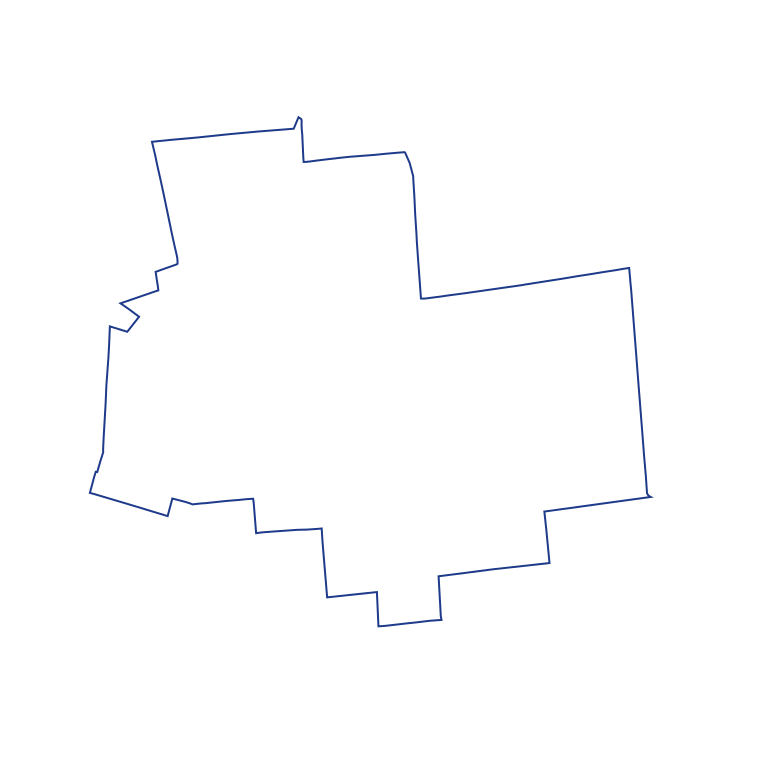 outline of Giubega, Dolj, Romania, rotated 105°
{"feature_id": "2599482B62165457111039", "entity_name": "Giubega", "entity_type": "district", "adm_level": 2, "iso_a3": "ROU", "parent_name": "Romania", "parent_adm1": "Dolj", "projection": "equal_earth", "projection_center": [23.399, 44.159], "detail": "fine", "context": "isolated", "style": "outline", "palette": "blue", "viewbox_px": 768, "rotation_deg": 105, "n_neighbors": 0, "source": "geoboundaries", "source_scale": "gbopen_adm2", "svg_char_len": 2263}
<svg xmlns="http://www.w3.org/2000/svg" viewBox="0 0 768 768"><g transform="rotate(105 384 384)"><path d="M565.3,638.6L565.3,635.4L566.3,598.7L567.6,558.8L549.4,558.8L549.3,545.1L549.5,540.7L549.8,537.7L548.5,534.4L546.6,529.5L545.5,526.1L537.8,506.1L533.3,493.5L530.9,487.2L528.7,480.7L532.8,479.0L561.2,468.9L560.0,466.1L558.6,462.6L555.2,452.9L552.3,444.5L550.3,438.7L547.2,429.7L544.6,420.8L541.3,411.1L539.7,406.8L552.2,402.6L604.8,383.7L586.8,337.0L618.7,326.9L619.5,326.6L617.1,319.7L609.0,299.2L606.5,292.6L600.9,278.6L597.0,267.4L593.7,269.0L555.6,281.5L534.3,229.6L514.1,177.8L482.5,189.6L465.7,196.1L424.1,97.2L423.9,98.1L423.3,99.5L422.8,100.3L421.8,101.4L421.0,101.8L419.6,102.3L405.3,107.2L384.1,114.9L371.8,119.2L317.3,138.5L285.8,149.6L229.2,169.6L226.0,170.8L221.3,172.6L218.6,173.5L213.2,175.5L208.5,177.2L208.7,177.8L211.4,183.9L214.0,189.5L219.6,202.2L224.8,213.7L229.4,224.2L232.6,231.2L236.5,239.8L243.0,254.5L245.5,260.1L247.5,264.7L249.4,268.9L251.0,272.6L252.8,276.4L253.5,278.0L261.2,296.1L274.7,327.7L282.0,345.3L285.0,352.2L291.0,366.9L291.9,370.4L252.9,384.0L236.9,389.5L231.5,391.2L226.5,392.9L214.1,397.1L208.6,398.9L201.3,401.2L193.2,403.8L185.2,406.5L179.3,408.5L175.7,409.6L163.9,416.4L158.0,421.1L155.0,423.5L154.9,423.8L154.8,424.1L154.8,424.3L156.6,429.4L161.0,441.5L165.2,452.6L168.3,461.4L173.6,476.5L175.7,481.9L177.2,485.8L178.9,490.0L181.2,495.9L183.9,502.6L186.0,507.8L188.1,512.8L189.9,517.5L190.3,519.1L189.7,519.3L186.0,520.6L164.6,527.4L158.3,529.7L155.6,530.5L153.1,531.2L150.8,531.8L150.1,532.1L149.4,532.7L149.2,533.3L148.6,535.4L148.5,535.6L160.8,537.3L172.4,570.1L182.5,597.5L194.4,628.6L203.8,654.3L210.1,670.8L222.5,664.1L231.1,659.8L246.3,651.8L257.2,646.2L292.7,628.3L297.8,625.7L305.1,621.9L313.7,617.3L317.0,615.8L319.0,615.2L320.5,614.7L321.3,614.6L321.8,614.9L323.0,616.5L326.6,621.7L328.4,624.4L334.8,633.6L335.5,633.3L341.5,630.7L348.0,627.8L352.0,626.2L355.0,630.8L374.3,659.4L377.1,651.5L381.5,640.3L382.4,638.0L384.1,638.7L392.5,642.3L400.0,645.5L399.3,663.7L417.6,659.6L430.0,657.0L457.2,651.8L475.1,647.8L497.8,643.1L508.0,641.0L520.3,638.3L522.3,637.6L526.1,637.7L531.9,638.0L543.2,638.2L543.4,639.7L548.9,639.9L565.3,639.9L565.3,638.6Z" fill="none" stroke="#1e3a8a" stroke-width="2"/></g></svg>